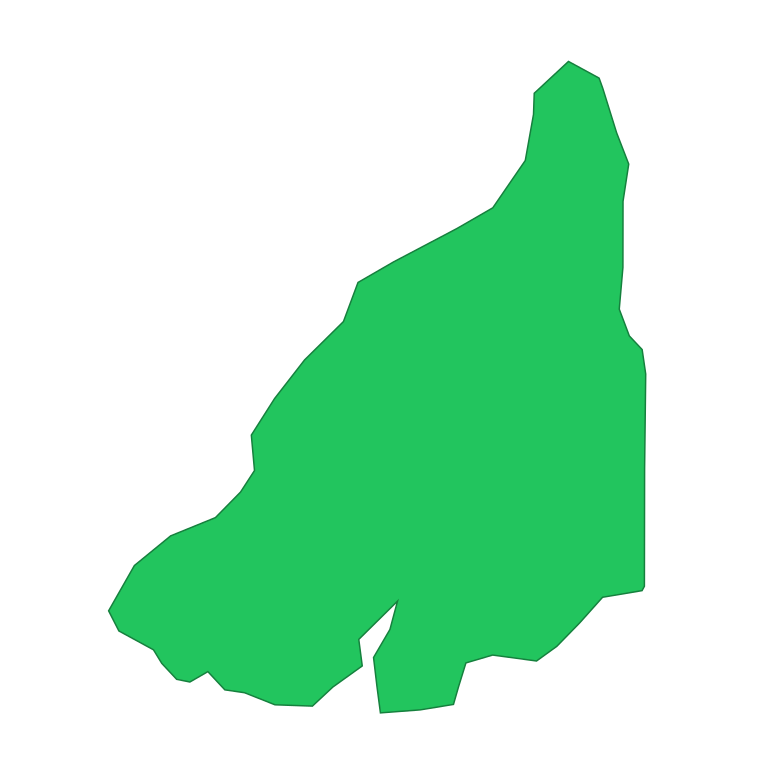 outline of Nam-gu [South District], Ulsan, South Korea, rotated 92°
{"feature_id": "91817680B65451529480853", "entity_name": "Nam-gu [South District]", "entity_type": "district", "adm_level": 2, "iso_a3": "KOR", "parent_name": "South Korea", "parent_adm1": "Ulsan", "projection": "mercator", "projection_center": [129.334, 35.502], "detail": "fine", "context": "isolated", "style": "filled", "palette": "green", "viewbox_px": 768, "rotation_deg": 92, "n_neighbors": 0, "source": "geoboundaries", "source_scale": "gbopen_adm2", "svg_char_len": 910}
<svg xmlns="http://www.w3.org/2000/svg" viewBox="0 0 768 768"><g transform="rotate(92 384 384)"><path d="M577.1,116.7L459.6,120.6L364.9,122.8L340.6,127.2L327.4,140.5L301.0,151.5L259.2,149.3L193.1,151.5L155.7,147.1L124.8,160.3L80.8,175.7L70.8,179.7L55.2,210.9L88.2,244.0L109.4,244.0L155.7,250.6L204.1,281.4L226.1,316.6L244.3,348.4L244.4,348.5L244.6,348.9L261.4,378.3L283.4,413.5L323.0,426.7L362.7,464.2L402.3,492.8L439.7,514.8L475.0,510.4L497.0,523.6L523.4,547.8L543.2,591.9L574.1,627.1L620.3,651.3L640.1,640.3L657.7,605.1L671.0,596.3L686.4,580.9L688.6,567.6L677.6,550.0L695.2,532.4L697.4,512.6L708.4,481.8L708.4,444.3L688.6,424.5L666.5,395.9L640.1,400.3L600.5,362.9L629.1,369.5L657.7,384.9L686.4,380.5L712.8,376.1L708.4,336.4L701.8,303.4L684.2,299.0L659.9,292.4L651.1,266.0L655.5,221.9L640.1,202.1L615.9,180.1L589.5,158.1L581.5,118.9L577.1,116.7Z" fill="#22c55e" stroke="#15803d" stroke-width="1.5"/></g></svg>